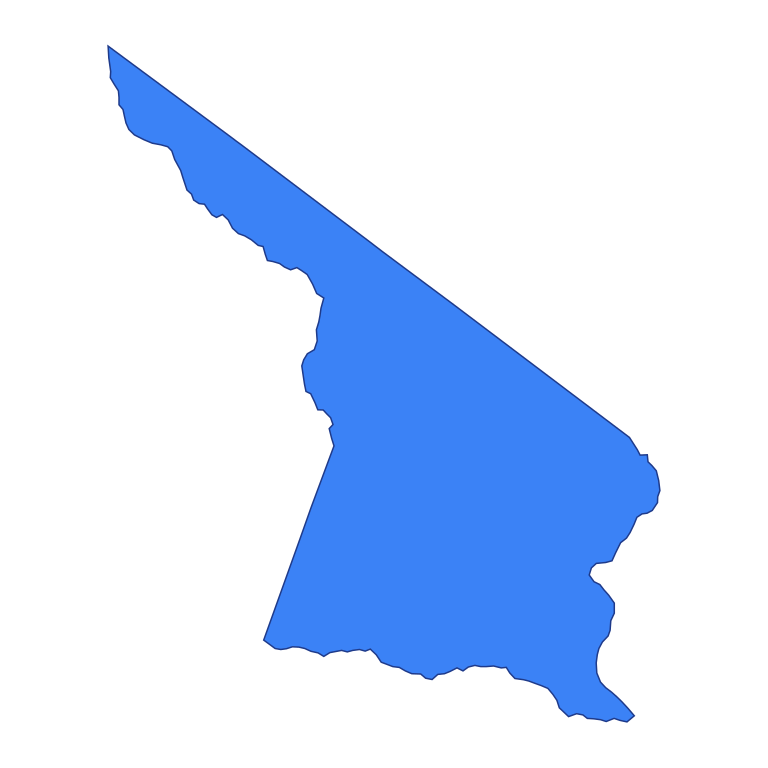 the district of Pedro Canário, Espírito Santo, Brazil
{"feature_id": "56859067B6287915122332", "entity_name": "Pedro Canário", "entity_type": "district", "adm_level": 2, "iso_a3": "BRA", "parent_name": "Brazil", "parent_adm1": "Espírito Santo", "projection": "natural_earth1", "projection_center": [-40.048, -18.149], "detail": "fine", "context": "isolated", "style": "filled", "palette": "blue", "viewbox_px": 768, "rotation_deg": 0, "n_neighbors": 0, "source": "geoboundaries", "source_scale": "gbopen_adm2", "svg_char_len": 2392}
<svg xmlns="http://www.w3.org/2000/svg" viewBox="0 0 768 768"><path d="M108.1,46.1L108.8,57.9L110.7,71.6L110.3,77.7L114.3,84.4L118.4,90.8L119.0,97.3L119.0,104.8L123.0,109.5L124.4,116.1L126.0,123.0L128.9,129.5L134.4,134.9L143.9,139.7L152.3,143.2L160.9,144.8L167.7,146.7L171.8,150.9L174.7,159.5L180.7,170.5L182.9,177.7L187.0,190.1L191.5,194.1L193.7,200.1L199.1,203.6L204.5,204.2L207.5,208.8L211.9,214.8L216.5,217.4L222.5,214.5L228.2,219.9L232.5,228.2L238.4,233.6L244.6,235.8L251.4,239.8L258.2,245.4L263.1,246.5L265.3,254.4L267.4,260.5L272.8,261.5L279.6,263.5L284.4,267.0L290.6,269.8L296.9,267.6L301.3,270.4L307.2,274.5L312.6,284.1L316.7,293.5L323.8,298.0L321.0,308.2L320.0,315.5L318.8,321.9L316.4,329.8L317.2,341.0L314.3,349.7L307.4,353.7L303.7,359.8L301.8,365.9L303.2,375.5L304.5,384.2L306.0,391.5L310.7,393.7L315.0,402.7L317.8,409.8L323.2,410.0L326.8,413.9L330.6,417.7L333.0,424.5L329.2,428.6L331.6,438.2L334.0,445.9L311.0,507.8L300.2,538.3L263.7,640.1L268.5,643.6L275.1,648.5L280.8,649.5L286.5,648.7L292.4,646.8L298.9,647.1L304.8,648.5L311.0,651.3L318.1,652.9L323.8,656.4L329.9,652.6L335.2,651.6L341.6,650.4L347.3,651.9L352.7,650.4L359.5,649.5L365.2,651.1L370.3,649.1L376.3,654.8L381.2,662.2L387.1,664.4L392.8,666.6L399.3,667.4L405.3,670.9L411.8,673.7L420.7,674.0L425.6,678.2L432.1,679.5L437.8,674.4L444.5,673.7L449.9,671.5L457.0,667.9L463.0,670.9L468.4,667.0L474.9,665.4L480.8,666.6L486.0,666.6L493.6,666.0L501.2,667.9L506.3,667.4L509.8,673.0L514.9,678.5L523.5,679.7L528.7,681.0L534.9,683.3L541.3,685.6L547.9,688.4L552.9,694.4L556.9,700.3L559.3,707.8L568.6,716.6L576.6,713.7L582.9,714.9L587.3,718.4L593.7,718.8L600.6,719.7L606.2,721.5L614.1,718.4L620.1,720.4L627.0,721.9L634.3,715.8L628.2,708.6L622.0,701.9L617.0,697.0L611.6,692.2L605.7,687.7L600.5,682.1L596.8,673.0L596.2,662.9L597.3,654.6L598.9,648.5L602.4,642.0L608.1,636.0L610.1,630.3L610.8,620.7L614.3,613.2L614.3,603.1L608.7,595.2L603.8,589.7L599.9,584.6L594.0,581.7L589.2,575.0L591.4,567.9L596.3,563.4L605.7,562.5L612.0,560.8L615.5,553.0L620.6,542.7L626.5,538.1L630.1,532.5L634.1,524.2L636.9,517.3L642.0,513.9L647.1,513.2L652.3,510.4L657.5,502.6L657.7,496.7L659.9,490.6L658.7,480.6L656.3,470.8L652.0,465.7L648.0,461.8L647.3,454.8L640.1,455.1L637.3,449.7L629.5,437.5L623.3,432.8L580.4,400.4L453.7,304.7L382.3,251.5L369.0,241.3L241.3,144.8L236.5,141.3L231.1,137.2L108.1,46.1Z" fill="#3b82f6" stroke="#1e3a8a" stroke-width="1.5"/></svg>